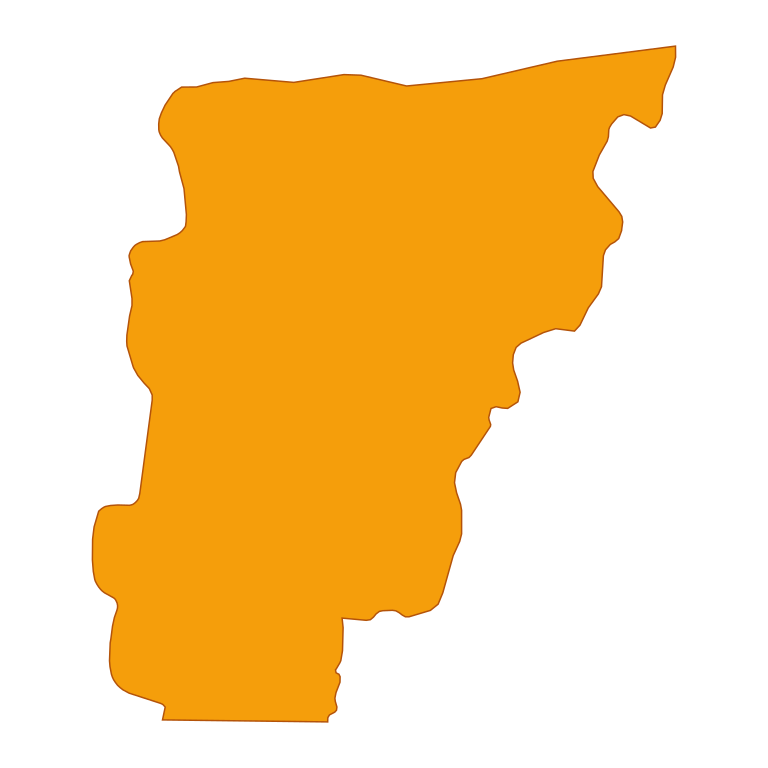 outline of Borgou
{"feature_id": "BEN-2169", "entity_name": "Borgou", "entity_type": "Department", "adm_level": 1, "iso_a3": "BEN", "parent_name": "Benin", "parent_adm1": "", "projection": "natural_earth1", "projection_center": [2.675, 9.701], "detail": "fine", "context": "isolated", "style": "filled", "palette": "amber", "viewbox_px": 768, "rotation_deg": 0, "n_neighbors": 0, "source": "natural_earth", "source_scale": "10m", "svg_char_len": 2778}
<svg xmlns="http://www.w3.org/2000/svg" viewBox="0 0 768 768"><path d="M675.5,46.1L675.6,57.2L673.2,67.0L665.3,85.1L662.5,94.8L662.2,113.6L660.1,120.3L655.4,127.1L650.5,128.0L630.5,116.0L623.9,114.6L617.8,116.9L611.7,123.9L609.6,127.3L608.8,129.6L608.4,136.7L607.2,141.1L599.3,155.0L592.9,171.5L593.2,178.3L597.7,186.6L619.0,211.8L621.8,216.4L622.7,222.0L621.8,228.6L621.6,230.6L618.7,238.6L614.8,241.9L610.3,244.4L605.5,249.8L603.4,255.7L601.5,286.7L598.4,293.9L588.3,307.8L580.0,325.1L574.5,331.1L555.7,328.7L543.6,332.5L521.1,343.1L516.1,347.4L513.3,354.7L512.6,362.9L513.7,370.0L517.6,381.2L520.1,392.3L517.9,401.8L507.7,408.4L502.2,408.0L496.1,406.7L491.0,408.5L488.7,417.4L489.1,419.9L490.7,424.5L490.4,426.4L471.3,455.1L469.0,457.5L464.0,459.4L461.7,461.4L455.7,472.6L454.5,482.7L456.6,492.8L460.5,504.2L461.6,510.3L461.6,533.9L459.7,541.4L453.2,555.6L442.8,592.8L438.1,604.2L430.4,610.4L409.0,616.8L405.4,616.8L402.2,615.0L399.2,612.7L395.8,610.8L392.4,610.3L382.8,610.7L379.4,611.4L376.1,613.9L373.5,617.1L370.4,619.7L366.2,620.3L342.1,618.1L343.1,627.7L342.5,650.7L340.8,660.7L339.8,662.9L336.2,669.0L335.5,669.7L336.0,672.7L337.3,673.5L338.9,674.2L340.1,676.7L340.0,682.2L336.0,692.6L334.9,698.2L335.3,701.4L336.9,707.0L336.5,710.2L334.8,712.1L329.5,714.9L327.8,717.7L327.7,721.5L327.7,721.9L162.5,719.9L165.2,707.1L163.3,704.9L162.4,704.2L160.4,703.3L129.2,693.2L122.9,689.8L120.1,687.6L117.6,685.3L115.5,682.6L113.6,679.7L112.4,677.1L111.4,674.1L110.0,666.7L109.5,660.8L110.2,642.8L110.9,638.7L112.5,626.2L114.4,617.5L117.0,610.0L117.5,608.0L117.6,605.6L117.1,603.0L115.8,600.2L114.8,598.8L113.7,597.9L104.5,592.8L102.2,591.0L100.7,589.5L98.7,587.0L96.9,584.2L95.3,581.1L94.7,579.2L93.3,571.4L92.4,559.9L92.6,539.2L94.1,526.9L98.7,511.2L101.6,508.7L103.9,507.2L105.4,506.5L110.5,505.5L117.8,505.0L129.6,505.3L131.3,504.9L133.0,504.3L134.3,503.4L135.5,502.4L137.4,500.4L138.7,498.3L139.8,493.5L152.2,400.2L152.2,395.0L149.3,388.6L144.2,383.2L137.8,375.4L133.6,367.9L133.0,366.2L127.0,346.0L126.7,341.3L126.9,335.1L129.6,315.9L132.0,305.6L132.0,298.5L129.3,280.7L131.9,275.2L132.1,275.1L132.6,274.6L133.0,272.9L133.3,271.2L130.6,263.9L129.2,257.1L129.1,255.6L129.7,253.5L130.7,250.8L133.1,247.4L134.8,245.5L136.5,244.3L139.5,242.7L142.6,241.6L159.7,241.0L164.7,239.8L177.1,234.6L179.9,232.8L182.3,230.6L184.4,227.9L185.5,226.3L186.1,221.8L186.4,214.6L184.0,188.6L179.5,171.9L178.5,166.2L173.8,152.3L172.3,149.5L170.4,146.6L162.4,138.0L160.6,135.2L159.4,132.4L159.1,131.4L158.8,129.6L158.7,124.0L159.3,118.8L161.4,112.9L165.1,105.1L173.0,93.3L173.9,92.6L174.9,91.5L181.6,87.1L196.6,87.0L213.0,82.6L228.8,81.4L244.7,78.2L293.8,82.4L343.9,74.6L361.0,75.2L406.6,86.0L482.0,78.7L557.2,61.2L675.4,46.1L675.5,46.1Z" fill="#f59e0b" stroke="#b45309" stroke-width="1.5"/></svg>